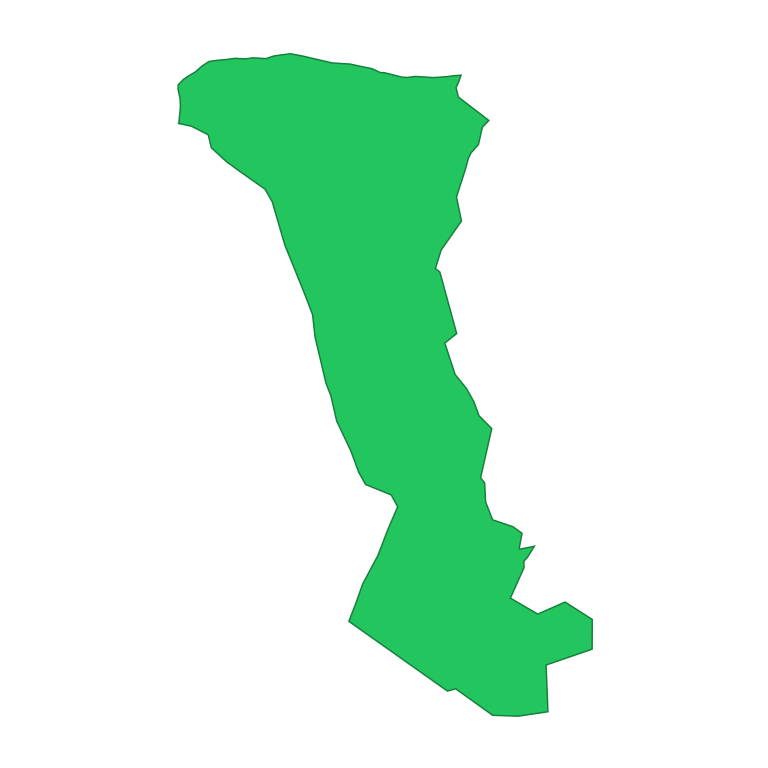 Oriade, Osun, Nigeria, rotated 184°
{"feature_id": "59680162B70922239420655", "entity_name": "Oriade", "entity_type": "district", "adm_level": 2, "iso_a3": "NGA", "parent_name": "Nigeria", "parent_adm1": "Osun", "projection": "mercator", "projection_center": [4.887, 7.554], "detail": "fine", "context": "isolated", "style": "filled", "palette": "green", "viewbox_px": 768, "rotation_deg": 184, "n_neighbors": 0, "source": "geoboundaries", "source_scale": "gbopen_adm2", "svg_char_len": 1653}
<svg xmlns="http://www.w3.org/2000/svg" viewBox="0 0 768 768"><g transform="rotate(184 384 384)"><path d="M610.1,668.2L610.1,664.1L607.4,654.6L606.4,646.6L606.6,638.9L606.8,630.9L607.1,629.6L596.8,628.1L594.0,627.7L576.7,620.3L572.7,607.6L556.7,594.8L547.1,588.8L542.8,586.1L516.2,570.0L508.2,558.0L503.3,544.7L492.6,515.7L483.7,497.5L470.0,469.5L460.0,448.0L458.7,440.6L456.0,425.9L446.8,396.4L443.2,384.9L442.2,381.5L435.9,367.8L428.7,343.9L412.3,314.8L403.1,294.3L402.4,293.2L395.3,282.4L369.0,273.8L364.5,266.7L361.8,262.5L369.7,240.0L378.2,212.2L380.1,208.1L391.3,183.1L393.9,173.6L396.6,163.9L402.5,144.8L299.3,82.1L292.8,84.4L291.5,85.1L252.5,61.1L227.0,62.0L197.6,68.5L202.7,115.0L157.9,134.0L159.8,163.6L188.2,179.1L214.6,165.2L243.0,179.2L231.5,210.6L232.1,216.9L228.7,221.3L222.7,232.6L236.2,228.9L237.7,229.0L235.9,244.7L245.4,250.6L266.2,256.1L274.4,273.4L276.7,292.3L281.1,297.2L273.4,347.0L287.0,359.0L293.1,372.6L301.4,385.2L313.7,398.4L326.2,429.1L315.0,439.4L336.1,499.6L340.8,502.6L336.4,521.5L318.1,552.0L323.8,572.2L324.7,575.1L324.5,576.5L318.2,602.1L316.8,608.7L315.6,615.0L313.4,620.5L306.5,629.4L303.8,647.0L297.8,654.2L329.8,675.4L332.8,684.7L330.7,690.1L328.7,697.4L335.4,696.5L343.5,694.8L356.4,693.1L374.2,693.0L382.3,691.4L387.1,691.3L404.9,694.5L409.8,694.5L417.9,697.7L429.2,699.2L440.5,700.8L448.8,700.7L450.2,700.7L458.3,700.7L477.7,703.8L487.4,705.4L500.4,706.9L508.5,705.3L516.5,703.6L524.6,700.3L531.1,700.3L537.5,700.2L545.6,698.6L555.3,698.5L563.4,696.8L573.1,695.2L581.1,693.5L587.6,688.6L594.0,682.1L598.8,678.8L599.0,678.7L605.3,673.9L610.1,668.2Z" fill="#22c55e" stroke="#15803d" stroke-width="1.5"/></g></svg>